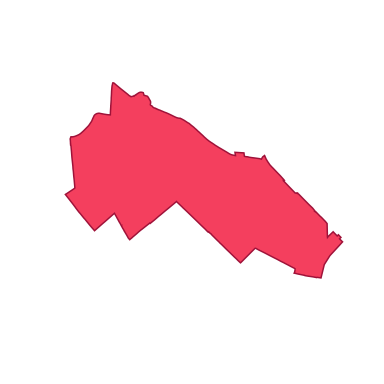 the district of IJsselstein, Utrecht, Netherlands, rotated 335°
{"feature_id": "6326949B52103687367672", "entity_name": "IJsselstein", "entity_type": "district", "adm_level": 2, "iso_a3": "NLD", "parent_name": "Netherlands", "parent_adm1": "Utrecht", "projection": "albers", "projection_center": [5.028, 52.026], "detail": "fine", "context": "isolated", "style": "filled", "palette": "rose", "viewbox_px": 384, "rotation_deg": 335, "n_neighbors": 0, "source": "geoboundaries", "source_scale": "gbopen_adm2", "svg_char_len": 5577}
<svg xmlns="http://www.w3.org/2000/svg" viewBox="0 0 384 384"><g transform="rotate(335 192 192)"><path d="M272.6,324.4L281.2,313.7L290.0,308.0L292.1,307.1L293.9,306.4L303.4,302.5L305.0,301.8L307.4,300.8L305.9,296.8L307.8,296.1L306.6,292.6L305.0,293.2L303.1,287.7L302.7,287.9L302.2,288.0L298.6,289.2L298.4,289.4L297.9,289.4L297.3,289.6L296.4,290.0L296.0,290.2L295.6,290.4L295.8,289.8L296.1,289.1L296.9,287.3L297.5,286.0L297.5,285.9L301.1,277.7L300.5,275.3L300.3,274.6L300.1,274.1L298.6,269.7L297.8,267.9L296.0,262.7L295.8,262.8L295.0,261.3L295.4,261.2L294.5,257.5L292.7,252.9L290.0,245.3L287.9,239.3L287.6,238.7L287.4,238.4L287.1,238.1L287.4,238.0L287.3,237.5L286.8,237.2L285.3,236.7L285.1,236.6L283.8,232.8L279.6,220.6L280.5,220.7L280.2,219.6L280.4,219.6L279.0,214.9L277.4,210.3L275.4,204.3L274.9,203.0L274.0,200.1L273.4,196.3L273.2,194.3L273.1,193.7L273.2,190.1L272.9,190.1L273.0,189.6L271.1,190.0L270.7,190.2L270.2,190.5L268.8,191.6L268.6,191.4L267.3,190.3L263.1,187.6L260.4,185.9L258.3,184.5L257.9,184.1L257.6,183.8L256.2,183.0L256.1,182.9L254.6,181.9L254.6,181.7L255.6,178.5L247.7,174.2L246.8,177.4L246.3,177.1L246.2,177.0L246.1,176.8L244.6,175.8L243.7,175.0L242.9,174.3L241.8,172.8L240.5,170.8L236.8,165.4L236.0,164.2L235.7,163.9L234.1,161.4L232.9,159.6L232.0,158.0L230.5,155.5L230.3,155.3L228.8,152.7L228.1,151.3L227.4,149.9L227.2,149.2L227.0,148.9L226.6,147.9L226.3,147.2L225.7,145.5L224.9,143.6L224.4,142.4L224.2,141.9L223.8,140.8L223.3,139.8L222.1,136.7L221.9,136.4L220.9,133.9L220.1,132.3L219.5,131.2L219.3,130.6L218.8,129.7L218.6,129.0L218.5,128.8L217.3,127.2L215.3,123.9L213.7,121.7L212.8,120.6L212.6,120.3L212.2,120.0L211.7,119.8L211.3,119.6L210.7,119.1L209.9,118.5L209.2,117.8L207.5,115.8L207.3,115.5L206.7,114.8L206.1,114.0L205.1,112.8L203.8,111.2L203.0,110.3L202.4,109.6L200.6,107.8L199.4,106.4L198.6,105.6L197.6,104.4L196.3,103.1L195.3,101.9L195.3,102.1L194.0,100.6L193.8,100.2L193.6,100.1L193.1,99.6L192.9,99.4L192.6,98.9L192.5,98.6L192.1,97.2L191.8,96.7L191.3,96.2L191.1,95.8L191.1,95.5L191.1,95.4L191.1,95.2L192.0,94.0L192.3,93.5L192.4,93.1L192.7,92.4L192.7,91.9L192.7,91.5L192.6,90.6L192.5,89.9L192.5,88.6L192.4,88.2L192.3,87.4L192.2,86.7L192.1,86.4L190.3,84.8L190.2,84.8L189.8,84.4L189.5,84.3L189.4,84.2L189.8,81.4L189.4,81.0L189.1,80.7L188.3,80.2L187.9,79.9L187.4,79.8L187.1,79.7L186.7,79.6L186.0,79.6L185.6,79.6L182.1,80.1L182.1,80.3L181.5,80.3L181.0,80.3L180.4,80.4L180.0,80.6L179.9,80.3L179.7,80.4L178.9,80.3L178.4,80.1L177.6,80.0L176.9,79.8L176.7,79.3L176.5,79.0L175.8,78.1L175.3,76.9L175.0,76.2L172.7,71.6L171.0,68.2L168.6,63.1L167.8,61.3L167.2,60.1L166.9,59.9L166.4,59.6L165.8,60.2L164.9,61.5L164.7,61.6L163.8,63.0L161.8,66.5L160.2,69.6L159.5,70.9L158.6,72.5L158.3,73.1L158.2,73.4L157.4,74.9L155.2,78.9L154.8,79.5L154.5,80.2L151.7,85.4L150.6,87.6L148.7,86.6L147.0,85.5L145.5,84.5L144.1,83.5L141.9,81.9L141.2,81.4L140.8,81.2L140.2,81.0L138.8,80.7L138.5,80.7L138.1,80.7L136.9,80.9L136.5,81.0L136.0,81.2L135.6,81.4L134.9,82.0L134.0,82.8L133.7,83.0L133.3,83.3L131.7,84.8L131.1,85.3L130.4,85.8L129.7,86.2L127.2,87.7L126.5,88.1L125.3,88.6L120.5,90.4L119.4,90.8L118.1,91.2L116.1,91.8L114.6,92.1L114.0,92.2L111.6,92.2L109.9,92.1L109.0,92.0L108.0,91.8L107.5,91.6L107.0,91.5L105.6,90.8L104.1,92.3L104.0,92.6L103.8,92.9L103.8,93.0L103.7,93.4L102.6,96.2L102.3,97.1L102.2,97.1L102.1,97.5L101.9,97.9L101.8,98.2L101.9,98.3L101.8,98.6L101.8,98.9L101.7,99.4L101.2,100.7L100.3,103.2L99.8,104.6L99.0,106.7L97.7,110.2L95.3,117.2L95.2,117.5L95.1,117.9L94.6,119.1L94.3,119.9L94.0,120.6L93.5,122.2L93.1,123.4L91.8,126.9L90.3,131.3L87.9,137.9L87.6,138.8L87.4,138.8L86.8,139.1L85.0,139.4L79.7,140.2L77.9,140.5L76.8,140.6L76.2,140.7L77.0,144.1L78.8,151.9L79.8,156.6L79.8,156.9L80.9,161.9L81.2,163.1L81.6,164.3L82.6,168.4L83.2,170.7L83.4,171.1L83.5,171.5L84.1,173.9L84.9,177.1L85.3,178.7L85.8,180.5L86.0,181.3L86.9,184.4L87.3,185.9L98.6,182.6L100.1,182.2L112.7,178.5L113.0,182.0L113.1,183.8L113.1,184.1L113.2,185.2L113.2,185.5L113.3,186.9L113.3,187.2L113.4,188.7L113.6,190.3L113.7,192.8L113.8,192.8L113.7,192.9L113.7,193.0L113.8,193.8L113.8,194.1L113.9,196.0L114.0,196.3L114.0,196.5L114.1,197.7L114.1,197.9L114.1,198.2L114.1,198.5L114.2,198.8L114.1,199.0L114.3,200.3L114.3,200.5L114.4,201.7L114.4,201.9L114.5,202.2L114.5,202.5L114.6,203.4L114.8,206.5L114.8,206.8L115.4,208.9L116.3,208.6L117.6,208.3L118.3,208.1L119.1,207.8L119.9,207.6L123.9,206.5L124.9,206.2L126.4,205.7L129.0,205.0L129.8,204.8L130.5,204.7L132.6,204.2L140.6,202.3L140.8,202.8L146.1,201.5L151.3,200.0L153.8,199.4L160.1,197.7L163.7,196.8L173.9,194.1L173.9,194.3L174.0,194.4L176.7,201.2L177.1,202.4L178.0,204.6L179.3,207.9L180.3,210.5L184.4,221.2L186.4,226.5L188.4,231.6L188.9,233.2L189.7,235.2L189.8,235.2L190.2,235.1L190.6,235.9L190.5,236.0L190.8,236.7L191.3,237.6L191.2,237.6L191.3,237.6L191.4,237.8L191.6,238.4L191.8,239.1L192.4,240.8L192.9,242.1L193.6,244.1L194.3,246.0L195.4,248.8L195.7,249.9L196.6,252.0L197.9,255.5L198.5,257.2L198.8,258.0L200.9,263.4L201.2,264.3L201.8,265.8L201.9,266.0L202.0,266.4L202.5,267.6L202.6,268.0L203.2,269.5L204.1,271.7L204.5,272.9L205.0,274.2L206.0,276.7L206.4,276.6L209.7,275.4L219.5,271.8L225.3,269.7L225.8,269.9L226.1,270.1L226.4,270.6L228.2,273.0L231.4,277.0L232.5,278.4L235.8,282.7L236.9,284.1L239.0,286.8L240.9,289.2L241.5,290.0L243.4,292.6L245.3,294.9L245.7,295.5L248.5,299.1L249.9,301.0L251.6,303.2L252.4,304.2L253.0,305.2L252.3,306.4L251.5,307.5L250.8,308.3L250.3,308.7L251.5,309.6L253.1,310.9L258.9,315.2L259.0,315.3L259.0,315.5L261.3,317.1L263.6,318.6L266.0,320.2L268.9,322.3L269.3,322.2L272.6,324.4Z" fill="#f43f5e" stroke="#9f1239" stroke-width="1.5"/></g></svg>